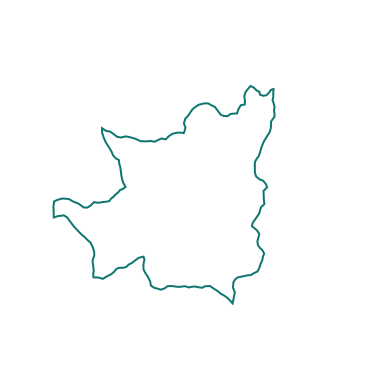 outline of Macedônia, São Paulo, Brazil, rotated 316°
{"feature_id": "56859067B48877061446759", "entity_name": "Macedônia", "entity_type": "district", "adm_level": 2, "iso_a3": "BRA", "parent_name": "Brazil", "parent_adm1": "São Paulo", "projection": "mercator", "projection_center": [-50.18, -20.097], "detail": "fine", "context": "isolated", "style": "outline", "palette": "teal", "viewbox_px": 384, "rotation_deg": 316, "n_neighbors": 0, "source": "geoboundaries", "source_scale": "gbopen_adm2", "svg_char_len": 2757}
<svg xmlns="http://www.w3.org/2000/svg" viewBox="0 0 384 384"><g transform="rotate(316 192 192)"><path d="M244.6,133.9L241.1,134.6L238.4,134.5L233.8,137.0L232.1,141.1L229.5,142.7L226.9,143.9L224.7,140.9L222.3,138.9L218.5,136.6L214.3,135.8L209.6,135.8L207.4,132.5L204.3,131.2L200.0,129.9L197.6,126.5L193.5,123.1L190.3,119.6L188.0,113.9L185.0,108.7L182.9,105.9L178.8,103.5L176.5,100.4L175.6,94.2L174.9,91.4L172.6,88.2L171.6,83.6L168.5,87.0L166.2,91.7L164.4,96.5L163.1,103.3L162.2,107.0L160.7,110.7L160.5,114.7L161.6,118.3L159.4,120.9L157.8,124.1L155.4,127.4L152.7,131.0L150.8,133.9L149.0,137.3L147.7,142.2L144.3,141.7L141.6,140.6L138.8,141.0L135.6,140.7L132.1,140.9L129.1,140.5L126.2,141.1L123.8,139.6L121.2,137.5L116.9,134.5L114.5,131.2L109.6,131.3L106.1,130.6L103.4,128.0L102.3,121.6L99.6,115.6L98.7,111.8L95.7,108.2L93.6,106.2L89.0,103.9L86.2,103.0L82.3,106.2L74.9,114.3L78.6,116.1L83.6,119.8L84.5,123.4L84.0,127.2L83.1,134.5L83.0,140.0L83.0,145.1L83.5,150.7L83.5,154.3L83.8,158.1L82.0,163.4L80.2,166.9L77.4,170.0L74.3,171.4L72.0,173.1L68.8,177.6L66.2,180.8L63.9,182.4L61.8,185.0L64.5,187.7L66.2,190.0L67.5,192.5L71.5,193.4L76.7,195.0L80.6,195.3L83.8,194.8L86.7,195.7L89.6,198.5L92.4,200.2L96.4,200.3L99.7,201.4L103.5,201.7L107.9,202.3L112.2,204.8L110.8,207.6L106.7,210.4L103.4,213.9L102.2,217.7L101.3,222.6L99.6,227.6L97.4,230.7L98.4,234.9L100.0,237.4L101.8,240.7L105.7,242.4L108.9,242.7L112.3,245.7L114.3,248.4L116.3,250.8L119.0,253.0L121.6,255.0L123.3,258.3L126.6,260.4L129.1,262.8L130.6,265.2L132.8,268.0L135.9,268.9L139.6,272.0L141.0,278.6L141.7,281.7L142.0,285.1L143.3,289.2L143.9,292.8L143.9,297.4L143.8,300.4L148.9,296.8L153.1,294.0L155.0,289.3L159.2,285.6L163.1,284.8L165.8,285.3L171.0,288.7L173.8,290.3L176.7,292.7L179.5,293.2L184.0,294.7L188.1,293.2L191.5,291.3L194.9,290.1L198.0,287.8L201.1,286.5L202.3,282.6L202.0,279.4L202.6,275.9L204.8,272.9L211.2,269.0L212.1,264.7L211.4,258.1L214.3,256.4L217.7,255.7L225.2,254.2L231.0,250.9L235.7,251.0L238.0,247.8L244.2,240.9L249.3,240.8L250.6,237.8L251.0,233.4L249.4,229.7L248.9,225.5L250.5,222.0L254.3,217.9L257.9,214.3L261.6,213.0L264.8,212.6L268.2,210.9L273.0,208.1L277.3,206.2L280.6,205.0L285.5,203.9L289.7,202.8L293.5,200.5L297.6,196.4L300.6,195.6L303.6,195.2L305.9,192.8L307.7,190.2L310.3,188.4L312.5,184.7L313.8,181.8L316.8,179.9L319.1,177.3L322.2,174.6L319.7,173.3L316.9,174.0L312.8,174.1L310.2,172.4L308.5,169.1L310.1,166.8L309.0,164.0L309.0,159.8L307.7,156.4L304.3,156.7L299.9,157.3L296.1,159.5L293.2,163.5L290.7,165.7L287.4,163.5L283.2,164.6L278.9,166.8L276.2,164.3L273.8,162.6L270.2,162.1L267.6,159.3L266.4,156.5L266.9,151.5L267.6,147.0L266.4,143.6L265.2,139.6L262.8,137.1L260.4,135.6L257.4,133.9L253.7,133.2L249.9,132.8L244.6,133.9Z" fill="none" stroke="#0f766e" stroke-width="2"/></g></svg>